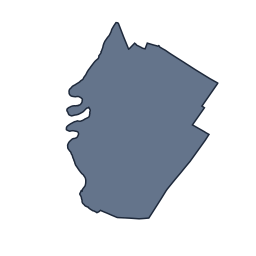 the district of Secusigiu, Arad, Romania, rotated 305°
{"feature_id": "2599482B2684456974434", "entity_name": "Secusigiu", "entity_type": "district", "adm_level": 2, "iso_a3": "ROU", "parent_name": "Romania", "parent_adm1": "Arad", "projection": "natural_earth1", "projection_center": [20.991, 46.095], "detail": "fine", "context": "isolated", "style": "filled", "palette": "slate", "viewbox_px": 256, "rotation_deg": 305, "n_neighbors": 0, "source": "geoboundaries", "source_scale": "gbopen_adm2", "svg_char_len": 4505}
<svg xmlns="http://www.w3.org/2000/svg" viewBox="0 0 256 256"><g transform="rotate(305 128 128)"><path d="M168.8,194.2L168.8,193.1L167.5,179.0L188.4,179.0L188.4,176.0L214.0,175.9L215.7,175.9L216.0,175.9L216.3,175.7L215.4,166.9L215.1,162.1L214.4,150.1L213.9,137.8L213.9,136.9L213.5,128.6L213.1,119.1L213.1,114.1L212.8,111.1L212.6,108.6L212.6,107.8L212.5,107.6L212.6,107.3L212.8,106.9L213.1,106.4L213.1,106.2L213.1,105.9L212.5,105.7L212.2,105.6L211.8,104.4L210.6,101.1L208.6,95.1L202.7,96.6L202.0,95.0L201.8,94.4L201.6,93.8L201.7,93.3L201.0,88.7L200.8,87.6L200.8,87.3L201.0,87.1L201.1,86.8L201.2,86.4L201.2,85.8L201.3,84.8L193.7,83.6L193.0,83.2L196.5,77.8L200.4,71.7L201.3,70.4L208.0,60.4L208.3,59.4L207.8,58.3L207.4,57.7L203.3,57.8L199.8,58.1L198.9,58.3L198.4,58.5L197.8,58.7L196.7,59.0L195.4,59.2L193.4,59.5L192.2,59.5L190.7,59.3L189.9,59.3L189.4,59.3L189.0,59.3L187.0,59.3L185.8,59.3L183.6,59.7L181.5,60.3L179.4,61.2L175.6,62.2L175.1,62.1L174.7,62.6L173.3,62.8L171.5,62.8L170.5,62.7L169.7,63.2L168.9,63.6L168.1,63.7L167.0,63.6L166.5,63.4L165.3,63.1L164.0,62.8L162.0,62.6L156.9,62.4L155.0,62.4L153.0,62.3L150.7,62.4L147.4,62.9L144.2,62.8L143.0,63.0L142.5,63.1L141.5,63.0L141.1,62.8L139.5,62.2L137.8,61.9L136.4,61.3L134.8,60.6L132.6,59.7L131.2,58.9L130.7,58.8L130.4,58.6L129.9,58.5L128.3,58.4L127.1,58.1L126.2,58.0L125.5,58.1L124.4,58.5L123.3,59.4L122.4,60.1L121.8,61.3L121.7,62.0L121.6,62.9L121.9,64.0L122.5,65.3L123.4,67.0L124.6,68.2L125.2,69.1L125.5,69.7L125.6,70.4L125.7,71.2L125.8,72.0L125.7,72.5L125.6,73.0L125.6,73.6L125.2,74.2L124.9,74.5L124.4,74.7L124.0,74.8L123.3,75.3L122.2,75.6L121.5,75.6L120.9,75.6L120.1,75.5L119.4,75.3L119.0,75.1L118.7,74.9L118.6,74.6L118.0,74.5L117.4,74.1L117.4,73.6L116.8,73.1L116.3,72.6L115.9,72.1L115.4,71.2L115.0,70.8L114.3,70.0L113.7,69.6L113.4,69.3L113.0,69.0L112.3,68.7L111.3,68.1L110.8,67.8L109.9,67.5L108.9,67.2L108.3,67.4L107.6,67.6L106.8,68.6L106.6,69.1L106.5,69.6L105.5,70.9L105.0,72.1L105.2,73.6L105.6,74.9L107.0,76.1L107.9,76.8L109.1,78.1L110.6,79.4L112.4,80.4L114.4,81.4L115.9,82.0L117.9,82.3L119.7,82.6L120.5,82.8L121.2,83.3L121.7,83.7L122.4,84.0L122.2,84.4L121.9,84.6L121.9,85.2L121.5,85.9L121.3,86.3L120.6,87.1L119.5,87.4L118.5,87.9L118.2,88.3L117.8,88.5L117.0,88.8L116.7,89.0L116.1,89.3L115.5,89.5L114.6,89.6L114.0,89.4L113.1,89.0L112.3,88.5L111.5,88.1L110.8,87.6L110.1,87.4L108.2,86.5L107.4,85.9L106.3,85.2L105.8,84.6L105.1,83.2L104.8,82.4L103.7,81.7L102.5,80.6L101.6,80.1L99.9,79.3L98.8,78.7L96.6,77.8L94.9,77.3L93.9,77.2L93.2,77.3L92.1,77.9L91.5,78.3L91.3,78.6L91.3,79.0L91.3,79.4L91.5,80.3L91.6,80.9L91.8,81.7L92.0,82.2L92.2,82.4L92.4,82.5L93.2,83.2L93.6,83.7L94.2,84.4L94.6,85.2L95.0,86.2L95.3,86.9L95.7,87.7L95.9,88.5L96.0,89.2L95.9,89.5L95.4,90.3L94.8,90.9L94.2,91.1L93.7,91.3L93.1,91.4L92.4,91.5L91.2,91.6L90.6,91.4L90.1,91.1L89.4,90.7L88.8,90.2L88.2,89.5L87.1,88.7L86.4,88.5L85.5,88.3L84.1,88.0L82.9,87.8L81.2,87.9L80.4,88.1L79.8,88.2L79.1,88.5L78.8,88.8L77.5,89.8L76.9,90.4L76.5,91.3L75.9,93.0L75.6,94.0L75.6,94.5L75.3,95.0L75.1,95.5L74.5,96.1L74.2,96.7L74.0,97.0L73.9,97.5L73.5,98.2L72.7,99.1L72.4,99.5L71.9,100.1L71.8,100.4L71.3,101.2L71.1,101.6L70.8,101.8L70.2,102.7L69.8,103.4L69.4,104.0L68.8,104.5L68.4,105.3L68.0,105.7L67.7,106.1L67.3,107.1L66.6,109.0L66.4,109.5L66.3,109.8L66.2,110.1L66.0,110.4L66.0,110.6L65.4,112.1L65.1,113.1L64.9,113.8L64.7,114.3L64.4,115.5L64.2,116.2L64.1,117.1L64.1,117.9L63.8,118.8L63.4,119.7L63.0,120.9L62.5,121.8L61.4,123.0L60.7,123.6L59.3,124.5L58.5,125.0L57.6,125.4L56.5,125.9L55.8,126.0L54.0,126.0L52.6,125.9L51.5,126.0L50.5,126.3L49.9,126.6L49.6,126.2L49.8,125.9L50.0,125.7L49.7,125.6L48.6,125.9L47.7,126.0L47.1,126.1L46.3,126.3L46.0,126.7L45.8,127.1L45.2,128.4L44.8,129.0L44.4,129.6L43.5,130.4L43.0,131.1L42.4,131.9L42.0,132.1L41.6,132.4L40.9,133.1L40.4,134.0L40.3,134.3L40.2,135.0L40.1,135.7L40.0,136.3L39.7,137.0L39.7,137.6L39.7,138.2L39.9,138.8L40.0,139.8L40.2,140.3L40.3,140.6L40.3,140.9L40.1,141.1L40.0,141.9L39.9,142.4L39.9,143.4L39.9,144.1L40.0,145.7L40.0,146.5L40.2,147.1L40.5,147.6L40.6,148.5L40.8,150.0L40.8,150.6L40.8,151.1L42.4,152.0L42.5,152.1L44.8,152.7L45.0,154.2L45.2,154.8L45.2,155.0L45.4,156.0L46.3,160.0L47.3,165.0L48.5,170.5L49.4,172.0L51.3,175.0L52.7,177.2L55.2,181.2L57.9,185.7L60.0,189.2L62.9,192.8L66.2,196.7L73.9,196.4L82.9,196.0L87.4,195.8L89.5,195.7L94.9,195.4L98.4,195.2L100.5,195.2L106.3,195.6L113.1,196.1L121.0,196.8L129.3,197.4L136.5,198.0L138.1,198.0L145.5,198.1L154.1,198.2L162.2,198.3L169.2,198.0L168.8,194.2Z" fill="#64748b" stroke="#1e293b" stroke-width="1.5"/></g></svg>